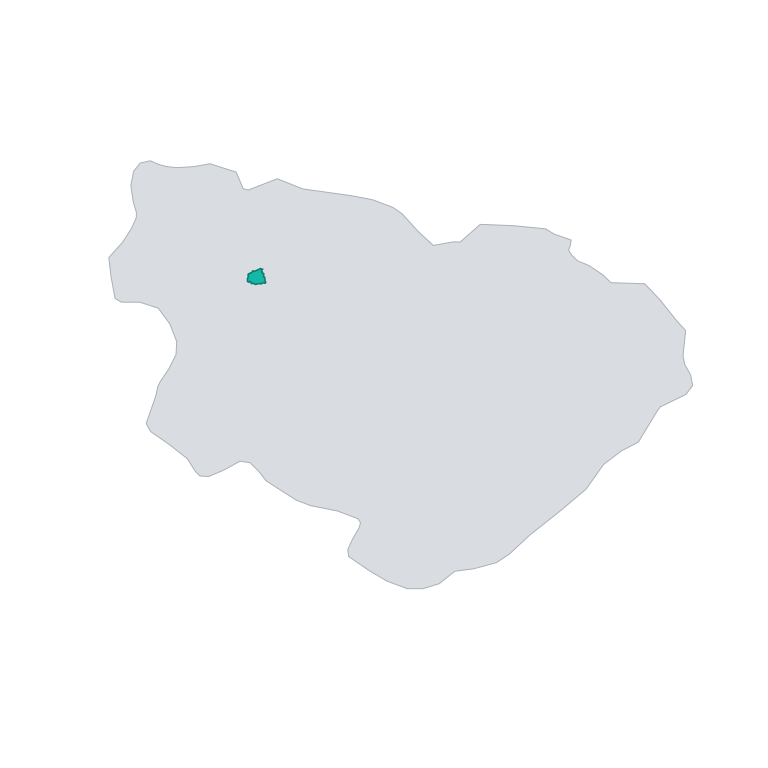 Drepung, Mongar, Bhutan (highlighted), rotated 195°
{"feature_id": "84629894B57522775958352", "entity_name": "Drepung", "entity_type": "district", "adm_level": 2, "iso_a3": "BTN", "parent_name": "Bhutan", "parent_adm1": "Mongar", "projection": "equal_earth", "projection_center": [91.265, 27.207], "detail": "fine", "context": "in_parent", "style": "filled", "palette": "teal", "viewbox_px": 768, "rotation_deg": 195, "n_neighbors": 0, "source": "geoboundaries", "source_scale": "gbopen_adm2", "svg_char_len": 3793}
<svg xmlns="http://www.w3.org/2000/svg" viewBox="0 0 768 768"><g transform="rotate(195 384 384)"><path d="M601.8,323.2L600.7,328.6L595.7,343.0L592.5,358.6L595.2,371.4L606.5,386.7L621.7,398.8L641.0,399.8L658.8,395.1L665.9,397.0L675.6,417.4L682.5,435.0L673.2,453.2L668.1,469.2L666.3,480.6L667.5,485.5L673.2,494.7L679.9,510.3L680.9,524.7L676.7,534.3L667.5,539.1L657.8,537.7L649.7,537.8L639.6,539.5L623.8,544.8L609.1,551.7L581.6,550.4L570.6,536.2L565.4,536.2L540.3,554.6L513.0,551.4L463.3,557.5L442.5,559.0L421.2,556.9L410.4,553.0L390.4,540.1L372.2,530.6L353.7,539.3L347.2,540.8L332.3,563.1L300.1,570.4L268.0,575.7L258.5,572.8L240.5,571.5L239.8,566.3L240.4,561.2L236.3,557.2L229.0,553.1L216.4,551.4L200.3,545.8L191.0,540.6L158.1,548.3L139.0,536.6L117.3,520.6L106.4,513.6L102.5,488.7L98.7,480.8L90.3,472.4L85.5,462.5L89.5,452.3L111.2,433.4L113.0,429.0L123.3,393.7L137.3,380.9L151.1,363.1L161.6,334.8L181.8,305.8L203.9,276.1L219.1,251.9L229.2,240.6L249.8,228.6L267.1,221.5L279.1,205.3L293.6,196.3L308.4,192.3L330.3,194.4L350.9,200.2L373.5,208.2L376.1,214.7L374.2,226.2L370.9,237.9L370.7,243.8L374.2,247.1L396.4,249.3L423.5,247.5L438.8,249.1L472.7,259.9L482.6,267.4L493.0,273.3L503.1,272.2L516.0,259.8L529.5,249.2L537.9,247.5L543.9,251.0L554.7,261.0L577.1,270.5L597.0,277.6L603.5,284.4L601.3,313.5L601.8,323.2Z" fill="#d9dde1" stroke="#a8b0b8" stroke-width="1"/><path d="M541.4,446.8L541.3,447.1L541.1,447.2L540.8,447.4L540.7,447.5L540.5,447.9L540.4,448.1L540.1,448.3L539.8,448.4L539.7,448.4L539.2,448.1L539.1,447.9L538.9,447.7L538.7,447.3L538.6,447.1L538.4,446.9L538.2,446.8L537.7,446.7L537.4,446.7L537.3,446.8L537.2,446.9L537.1,447.0L536.9,447.2L536.7,447.3L536.4,447.4L536.3,447.5L536.2,447.5L535.9,447.5L535.7,447.4L535.4,447.2L535.1,447.0L534.9,447.0L534.6,446.9L534.4,446.9L534.1,446.9L533.8,446.9L533.7,447.0L533.4,447.2L533.2,447.2L532.6,447.7L532.3,447.9L532.1,448.0L531.5,448.2L531.0,448.3L530.4,448.7L530.1,448.8L529.8,449.0L529.3,448.9L528.8,448.8L528.7,448.8L528.4,448.9L528.2,449.2L527.9,449.4L527.5,450.0L526.8,450.4L526.4,450.5L525.9,450.5L525.5,450.4L525.2,450.4L524.9,450.5L524.8,450.9L524.6,451.4L524.6,451.9L525.1,452.1L525.5,452.9L525.9,453.3L526.0,453.7L526.0,454.1L526.1,454.4L526.4,455.0L526.8,456.2L527.2,456.4L527.7,456.3L528.0,456.3L528.1,456.7L528.1,456.9L528.4,457.8L528.5,459.0L528.8,459.5L529.3,459.7L529.7,459.8L530.2,459.7L530.4,459.7L530.6,459.7L530.7,459.8L530.7,460.0L530.6,460.5L530.6,460.8L531.0,461.1L531.5,461.6L531.6,461.8L531.7,462.1L531.6,462.5L531.3,462.9L531.0,463.1L530.9,463.3L531.0,463.4L531.0,463.5L531.8,463.4L532.7,463.4L533.2,463.3L533.3,463.4L533.4,463.5L533.6,463.3L533.7,463.2L533.9,463.0L534.1,462.8L534.3,462.6L534.6,462.4L534.7,462.2L534.9,462.0L535.0,461.9L535.4,461.8L535.5,461.7L535.8,461.3L536.2,461.1L536.3,461.0L536.4,460.9L536.5,460.8L536.7,460.6L536.8,460.5L537.0,460.3L537.1,460.2L537.4,460.1L537.5,460.0L537.7,459.9L537.7,459.7L537.8,459.6L538.0,459.5L538.2,459.4L538.3,459.3L538.5,459.2L538.8,459.2L539.0,459.2L539.1,459.3L539.4,459.3L539.5,459.4L539.8,459.4L540.0,459.3L540.2,459.2L540.1,458.9L540.2,458.6L540.3,458.3L540.4,458.0L540.6,457.7L540.8,457.4L541.0,457.2L541.3,456.9L541.5,456.8L541.7,456.7L541.9,456.7L542.0,456.5L542.1,456.3L542.1,456.1L542.2,455.9L542.3,455.8L542.5,455.8L542.8,455.7L543.1,455.6L543.2,455.4L543.3,455.2L543.4,454.9L543.5,454.7L543.7,454.3L543.5,454.2L543.4,454.0L543.3,453.8L543.2,453.5L543.1,453.3L543.1,453.2L543.1,452.8L543.0,452.6L543.0,452.3L543.0,452.1L543.0,451.8L543.0,451.7L543.0,451.4L542.9,451.2L543.0,451.0L543.0,450.8L543.1,450.7L543.1,450.2L543.1,449.8L543.0,449.6L542.9,449.3L542.8,449.1L542.7,448.9L542.6,448.4L542.5,448.1L542.5,447.9L542.4,447.8L542.4,447.7L542.1,447.6L541.8,447.5L541.6,447.4L541.4,447.1L541.4,446.8Z" fill="#14b8a6" stroke="#0f766e" stroke-width="1.5"/></g></svg>